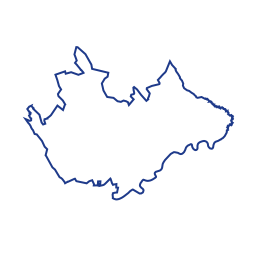 Valmieras pag., Burtnieku, Latvia, rotated 9°
{"feature_id": "27541924B48848471739366", "entity_name": "Valmieras pag.", "entity_type": "district", "adm_level": 2, "iso_a3": "LVA", "parent_name": "Latvia", "parent_adm1": "Burtnieku", "projection": "mercator", "projection_center": [25.5, 57.594], "detail": "fine", "context": "isolated", "style": "outline", "palette": "blue", "viewbox_px": 256, "rotation_deg": 9, "n_neighbors": 0, "source": "geoboundaries", "source_scale": "gbopen_adm2", "svg_char_len": 5612}
<svg xmlns="http://www.w3.org/2000/svg" viewBox="0 0 256 256"><g transform="rotate(9 128 128)"><path d="M221.5,124.8L222.0,124.1L223.2,123.2L223.7,122.5L224.8,120.9L226.2,117.1L226.1,116.3L226.2,115.5L226.1,115.4L226.0,115.0L226.7,114.5L226.4,114.3L226.5,113.6L227.0,113.2L226.7,112.5L226.7,112.1L226.8,111.6L226.2,111.6L226.4,111.2L226.1,110.9L226.1,110.7L226.2,110.3L226.3,110.1L226.8,110.2L227.8,109.6L228.0,109.3L227.8,108.9L227.8,108.7L227.9,108.4L228.1,108.3L228.6,108.4L229.6,109.1L230.0,108.6L230.0,108.3L229.5,108.3L229.3,107.9L229.5,107.5L229.6,107.0L229.7,106.5L229.9,106.5L230.0,106.8L230.4,106.8L230.6,106.5L230.2,106.3L228.8,104.8L229.1,104.5L228.9,103.9L229.5,103.0L230.0,103.0L230.1,102.8L229.3,102.4L229.4,102.1L229.1,101.7L229.2,101.4L229.5,101.3L229.0,100.7L229.5,100.5L229.6,100.3L229.2,100.2L229.4,99.8L229.0,99.6L228.7,99.8L228.1,99.8L227.9,99.3L227.2,99.6L227.2,99.4L226.8,99.6L224.8,98.8L224.7,98.7L224.9,98.5L225.0,97.5L224.9,97.2L224.2,96.8L224.1,96.3L223.9,95.8L223.8,96.0L223.2,96.2L222.8,96.1L222.7,96.0L222.6,95.9L222.2,96.1L222.2,95.9L222.0,95.7L221.9,95.5L221.6,95.1L221.9,95.0L221.7,94.7L221.3,94.7L221.3,94.3L221.1,94.1L220.5,94.1L220.3,94.3L220.1,94.2L219.5,94.3L219.2,94.2L218.9,93.4L218.5,93.4L218.0,92.9L217.8,92.8L217.3,93.0L217.0,93.2L216.6,93.9L216.5,94.2L216.4,94.3L215.7,93.9L215.2,93.8L215.3,93.3L215.2,93.2L214.9,92.5L214.7,92.4L214.5,92.7L214.0,92.8L213.9,93.2L213.6,93.0L213.3,93.4L213.0,93.3L213.1,93.2L213.3,93.1L213.1,93.0L212.9,92.8L212.6,92.9L212.3,92.8L212.1,93.1L211.9,92.7L211.7,92.6L211.5,93.0L211.0,93.1L210.9,92.8L210.5,92.8L210.3,92.9L210.1,92.3L209.8,92.1L209.7,91.7L209.4,92.0L209.2,91.7L208.9,91.8L208.8,91.6L208.9,91.4L208.6,91.2L208.4,91.5L207.9,91.2L207.8,90.8L207.5,90.9L207.4,90.7L207.6,90.5L207.3,90.3L207.1,90.4L206.9,90.1L206.6,90.0L206.7,89.8L206.4,89.5L206.2,89.4L206.2,89.0L205.6,88.8L205.5,89.3L205.1,89.0L204.1,89.3L204.2,89.1L204.0,88.8L204.0,88.6L203.6,88.2L203.2,88.0L202.5,87.3L201.9,87.5L201.7,87.3L201.6,87.0L201.1,87.3L200.2,86.7L199.7,87.2L195.8,85.9L192.1,87.3L190.7,87.0L190.0,85.9L188.9,85.3L187.6,84.2L185.2,83.2L182.6,81.8L180.4,81.5L177.2,79.9L175.6,77.5L175.6,75.5L173.8,72.6L172.8,71.9L171.9,71.0L171.4,70.4L171.4,69.7L169.1,66.9L166.8,64.6L165.8,63.0L166.0,62.3L161.7,58.9L159.0,55.6L156.5,66.3L155.4,68.1L154.9,68.6L152.7,71.8L152.4,72.4L150.0,75.9L152.2,78.7L152.1,79.7L151.3,80.1L145.0,82.7L140.4,85.6L140.4,86.7L143.9,90.2L144.1,90.6L143.8,92.2L143.8,93.2L143.1,95.6L143.2,96.1L143.5,96.5L141.9,98.3L135.7,93.2L130.9,88.5L127.6,86.6L127.0,87.3L127.7,89.9L127.7,90.0L127.8,90.1L128.7,92.6L128.4,93.6L126.0,94.6L125.8,96.4L129.1,98.8L125.3,105.2L124.4,103.6L124.2,102.7L122.1,101.9L119.3,101.6L116.9,103.3L113.6,103.2L112.8,102.8L109.0,100.5L102.6,100.6L101.5,99.3L97.9,94.8L95.2,88.1L97.3,82.9L99.8,80.5L99.9,76.5L83.3,75.2L81.9,71.1L74.4,61.7L65.6,56.1L64.3,56.2L63.6,63.7L65.1,66.3L66.8,69.4L65.5,72.0L68.0,73.9L68.1,74.1L71.4,77.0L72.2,78.0L72.6,77.9L75.4,80.3L75.5,80.5L70.7,83.2L63.1,81.8L58.0,84.1L57.0,81.9L48.0,86.7L50.6,91.5L53.3,97.4L55.9,100.4L54.6,103.0L53.5,105.4L53.8,106.2L54.4,107.5L59.3,111.0L62.3,114.6L62.0,115.0L61.0,120.4L54.8,116.9L49.9,127.4L48.5,129.1L46.6,131.0L46.8,131.3L44.2,132.4L44.2,133.9L45.6,136.7L43.6,137.8L41.8,136.1L38.4,128.7L31.3,123.8L31.6,123.2L29.1,121.5L29.2,121.0L27.1,122.4L25.6,125.0L27.5,127.1L27.8,127.1L29.4,128.3L28.5,128.9L29.3,129.9L28.3,131.1L29.1,132.3L30.1,133.4L30.9,133.7L31.1,135.6L29.9,136.3L25.4,135.2L28.7,138.6L30.1,139.7L31.4,141.2L32.3,142.7L33.4,144.1L34.5,145.0L36.7,148.5L38.9,148.6L45.1,154.3L48.6,159.5L51.5,161.6L50.9,167.9L51.6,168.5L59.5,178.7L62.4,180.5L68.1,187.3L69.8,187.9L71.1,188.7L73.7,191.2L74.5,192.4L76.8,190.5L77.0,190.6L83.2,186.5L83.6,186.4L85.0,188.3L85.6,188.6L95.8,189.1L98.1,186.6L100.8,185.2L101.5,186.3L103.2,188.8L103.2,190.1L106.1,189.6L107.9,189.5L107.8,187.9L107.0,188.0L106.8,185.4L109.1,185.0L109.4,188.6L109.3,189.5L112.1,188.4L113.1,187.8L114.1,186.7L118.5,180.7L118.8,181.0L120.9,185.1L122.1,186.5L123.0,185.9L123.6,185.8L125.3,185.2L125.7,188.6L127.5,188.5L127.3,192.3L127.3,193.4L125.0,194.0L123.3,194.8L123.4,195.4L123.2,196.2L123.9,198.8L124.0,199.7L125.6,200.2L127.3,200.4L128.1,200.3L130.1,199.6L131.4,198.8L132.7,197.9L134.2,196.6L135.5,195.3L138.5,192.1L140.0,190.0L142.0,188.2L142.4,188.0L142.9,188.2L149.7,190.9L151.2,190.6L152.6,189.5L152.9,188.9L153.0,188.1L153.1,187.2L153.0,186.8L152.7,186.4L152.0,185.7L150.6,185.0L149.3,183.9L149.0,183.5L148.7,182.6L148.9,180.8L150.4,177.7L151.0,176.9L151.2,176.7L152.2,176.8L153.5,177.1L155.0,177.2L156.0,177.1L157.8,176.5L158.5,176.2L160.2,175.1L162.7,172.9L163.3,172.1L163.3,171.6L162.0,169.8L161.6,169.1L161.5,168.4L161.6,167.9L162.4,166.9L166.0,165.1L166.8,164.4L167.3,163.7L167.7,162.9L167.9,161.9L167.9,161.2L167.9,158.5L168.0,157.7L168.5,156.2L169.6,153.8L174.0,147.3L174.4,146.8L176.8,144.9L177.1,144.7L178.1,144.6L180.9,144.7L181.5,144.8L182.7,145.3L183.7,145.5L184.3,145.5L185.3,145.1L186.1,144.4L187.2,142.9L188.0,140.4L188.1,139.6L188.4,138.2L189.0,137.1L190.0,135.9L192.7,134.1L193.3,134.2L193.6,134.4L193.8,134.8L194.2,136.0L194.8,137.2L196.0,138.5L196.9,139.0L197.9,139.3L198.9,139.0L199.4,138.5L199.6,138.2L199.8,137.6L199.8,136.9L199.4,134.7L199.5,133.3L199.6,132.8L200.0,132.0L200.9,131.0L201.6,130.5L203.6,129.4L205.1,128.9L206.1,128.9L207.1,129.1L207.9,129.5L208.4,129.9L209.1,130.7L209.3,131.1L210.0,133.3L210.9,134.4L212.2,135.3L213.7,135.4L214.1,135.3L214.6,135.0L215.0,134.2L215.1,133.8L215.1,133.2L215.1,131.4L215.4,129.9L215.8,128.8L216.8,127.8L219.2,126.5L220.6,125.3L221.5,124.8Z" fill="none" stroke="#1e3a8a" stroke-width="2"/></g></svg>